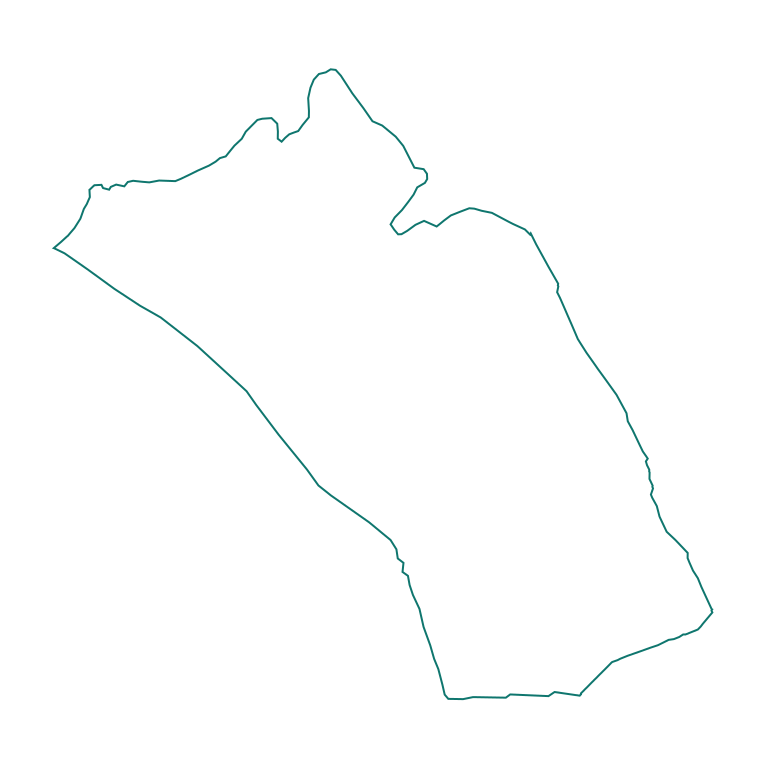 the district of Habila - SK, South Kordufan, Sudan, rotated 91°
{"feature_id": "16777658B69543543335458", "entity_name": "Habila - SK", "entity_type": "district", "adm_level": 2, "iso_a3": "SDN", "parent_name": "Sudan", "parent_adm1": "South Kordufan", "projection": "orthographic", "projection_center": [30.058, 11.931], "detail": "fine", "context": "isolated", "style": "outline", "palette": "teal", "viewbox_px": 768, "rotation_deg": 91, "n_neighbors": 0, "source": "geoboundaries", "source_scale": "gbopen_adm2", "svg_char_len": 3410}
<svg xmlns="http://www.w3.org/2000/svg" viewBox="0 0 768 768"><g transform="rotate(91 384 384)"><path d="M691.8,186.1L691.8,185.7L691.9,184.9L692.0,184.7L692.0,184.1L692.1,183.7L692.2,182.9L691.6,182.4L691.3,182.1L690.8,181.6L689.9,181.7L689.6,181.4L686.8,178.7L686.2,178.2L685.6,177.6L683.8,175.8L680.5,172.7L678.7,171.0L678.2,170.5L677.0,169.3L676.4,168.8L673.8,166.2L672.7,165.2L670.7,163.3L668.9,161.5L667.3,160.0L666.0,158.7L659.8,152.8L658.9,152.0L658.0,151.0L656.0,145.6L654.7,143.2L654.5,142.8L651.5,135.7L646.8,123.0L642.9,112.7L640.4,105.6L635.0,95.2L634.9,95.1L634.0,89.7L632.0,84.9L631.8,84.4L629.2,80.5L629.2,79.7L629.2,78.2L629.0,77.8L628.3,75.9L627.8,74.9L624.0,65.9L621.0,63.1L618.0,60.9L609.5,54.0L606.7,51.7L604.9,52.6L603.9,52.1L603.3,51.7L603.0,51.6L602.8,51.5L603.0,51.6L603.9,52.2L601.9,53.2L581.4,63.1L572.7,66.8L565.2,71.8L557.2,75.5L553.9,76.9L552.8,77.4L549.9,77.4L547.6,77.4L535.0,89.8L526.8,98.8L511.8,106.2L501.3,109.1L493.1,113.8L489.9,115.2L483.7,113.2L482.1,113.9L481.0,113.6L474.3,116.9L467.7,116.9L467.0,117.3L465.0,117.3L460.6,119.6L456.8,120.8L454.0,119.0L452.4,120.1L447.0,124.0L440.3,127.4L425.8,134.6L417.0,139.6L409.0,141.0L390.8,151.3L375.6,162.6L368.3,168.1L365.0,170.6L362.6,172.3L349.2,182.1L339.2,188.7L335.5,191.1L335.0,191.3L329.6,193.7L320.5,197.8L316.4,199.7L316.1,199.8L313.1,201.2L303.4,205.6L294.7,209.6L289.2,212.5L287.6,212.2L283.3,211.4L282.5,211.9L280.7,211.6L263.9,221.6L241.7,234.3L230.9,239.9L232.1,240.5L227.0,245.8L221.8,257.7L219.9,261.6L211.0,279.1L209.1,289.4L207.2,296.4L207.1,296.8L206.8,301.8L210.4,310.8L214.3,320.1L219.4,326.7L223.3,331.3L225.6,334.1L220.2,346.8L224.3,355.3L230.5,363.5L233.9,369.1L234.1,372.5L230.3,375.8L229.5,376.5L225.2,379.5L224.3,380.2L217.3,376.2L209.8,369.1L201.6,363.0L194.1,357.7L186.8,354.2L182.2,346.6L178.3,344.4L173.4,344.7L173.1,344.7L168.5,348.1L167.2,357.4L145.6,368.9L136.5,376.6L125.6,390.3L121.5,400.1L108.3,409.6L94.0,420.7L76.5,432.5L70.8,437.8L70.3,442.8L73.4,447.6L75.2,454.5L80.9,459.5L89.1,462.7L99.5,464.8L112.4,463.8L118.7,463.8L126.4,469.9L132.6,474.2L134.2,478.6L136.0,483.1L139.6,487.1L143.5,490.6L140.6,494.5L140.0,494.5L133.4,494.5L125.6,495.3L125.1,495.8L120.1,501.1L120.9,510.4L122.2,515.2L127.4,520.2L134.1,526.6L141.3,530.5L148.3,537.7L154.0,542.2L159.2,546.2L161.0,552.0L164.6,556.2L168.7,562.8L173.9,574.0L178.0,581.9L182.4,590.7L184.8,596.2L184.5,612.4L186.5,622.2L186.0,629.7L185.2,638.4L186.5,643.7L190.9,647.1L189.3,655.3L191.7,660.6L194.5,662.2L193.0,668.3L192.5,668.6L190.7,669.5L189.8,670.0L189.9,671.1L190.3,676.9L190.6,677.2L190.6,677.4L194.6,681.4L195.0,681.9L201.8,681.4L202.4,681.4L204.9,682.5L209.3,684.3L212.7,686.3L214.3,687.2L222.4,689.9L224.1,690.5L229.2,693.6L233.3,696.1L233.6,696.3L237.1,699.2L238.3,700.2L238.8,700.6L241.4,702.7L242.1,703.6L245.8,707.5L247.6,709.4L250.7,712.9L253.0,715.5L253.9,716.5L254.0,716.2L258.9,705.7L274.2,682.9L293.6,655.2L310.0,629.3L321.4,608.4L349.3,571.3L373.0,544.5L393.6,521.3L407.2,511.4L436.6,488.4L470.9,459.5L486.6,447.8L496.3,435.2L522.6,396.4L533.3,383.0L539.9,374.7L549.1,368.7L558.2,367.2L562.5,361.4L571.6,362.2L575.4,356.7L584.5,354.9L594.4,351.4L608.3,344.6L626.2,340.2L644.5,333.2L657.9,329.1L668.1,324.7L683.8,320.3L693.5,317.9L697.7,314.2L697.7,309.8L697.7,299.4L695.5,289.5L695.5,279.8L695.5,256.7L692.2,252.4L693.2,214.1L689.0,208.1L691.8,186.1L691.8,186.1Z" fill="none" stroke="#0f766e" stroke-width="2"/></g></svg>